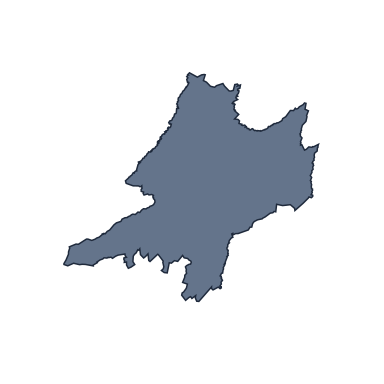 outline of Sabanas De San Angel, Magdalena, Colombia, rotated 229°
{"feature_id": "7082276B63741356680153", "entity_name": "Sabanas De San Angel", "entity_type": "district", "adm_level": 2, "iso_a3": "COL", "parent_name": "Colombia", "parent_adm1": "Magdalena", "projection": "equal_earth", "projection_center": [-74.238, 10.132], "detail": "fine", "context": "isolated", "style": "filled", "palette": "slate", "viewbox_px": 384, "rotation_deg": 229, "n_neighbors": 0, "source": "geoboundaries", "source_scale": "gbopen_adm2", "svg_char_len": 6120}
<svg xmlns="http://www.w3.org/2000/svg" viewBox="0 0 384 384"><g transform="rotate(229 192 192)"><path d="M231.1,63.4L229.9,62.9L227.8,59.5L226.1,58.0L223.3,52.3L222.0,48.4L221.3,47.8L217.8,49.8L215.9,55.9L210.9,59.5L209.5,61.7L207.2,64.1L201.0,69.0L201.7,69.4L200.8,74.2L201.5,74.3L201.0,78.2L200.0,80.7L200.0,82.5L197.9,84.5L197.7,85.9L197.1,86.1L196.0,88.1L194.1,88.5L193.7,92.0L192.9,94.7L189.2,100.7L187.6,99.7L185.8,99.7L186.9,97.3L185.6,96.2L184.4,96.1L183.3,94.7L182.1,96.6L179.8,94.7L176.2,93.9L175.3,96.7L174.8,101.2L178.2,101.7L182.1,105.6L182.7,107.6L182.7,110.0L184.0,113.2L183.0,113.6L183.4,115.3L178.5,112.0L173.9,112.2L173.8,114.7L174.2,118.2L168.6,114.4L167.1,114.7L167.5,125.3L166.9,125.5L158.7,124.9L158.0,123.8L154.1,121.7L152.9,120.0L152.8,117.4L149.4,118.2L147.2,120.2L153.5,128.4L151.8,129.8L151.7,133.7L149.0,135.7L150.3,143.3L147.4,142.9L144.7,145.1L142.5,145.1L140.8,145.8L139.5,145.4L138.5,143.6L139.3,142.5L140.0,139.5L139.8,137.9L137.2,136.9L136.2,135.6L134.2,134.6L133.9,132.0L132.4,130.5L129.9,125.6L125.5,128.1L123.1,124.6L122.0,120.0L122.3,118.4L120.9,116.5L114.4,116.1L114.4,120.5L113.9,122.3L111.7,122.1L111.4,126.8L109.9,125.0L106.5,123.9L104.9,125.4L107.5,144.4L106.4,143.4L104.3,143.6L103.0,149.4L100.6,149.8L100.4,151.2L101.3,151.9L102.0,151.2L102.7,151.3L103.3,153.8L104.6,154.5L105.3,155.7L105.1,156.3L105.4,157.1L107.4,157.3L107.6,157.9L108.1,157.8L109.2,158.7L110.2,158.2L111.3,161.0L110.7,161.9L112.7,164.2L113.2,165.3L114.4,166.0L115.6,169.1L116.3,168.8L116.7,170.0L116.4,170.4L117.4,171.3L120.0,176.2L120.5,176.1L120.5,177.9L121.5,178.2L121.9,179.0L122.3,178.8L124.3,181.1L125.2,180.7L126.6,181.4L127.2,182.2L127.2,183.0L128.9,184.5L129.1,186.6L129.5,186.3L130.9,188.3L131.5,191.7L131.0,193.1L134.3,194.5L134.0,195.7L132.7,194.9L132.0,197.6L130.4,199.5L126.4,209.6L127.4,212.6L126.3,214.1L128.4,217.0L128.9,219.5L128.0,223.2L125.7,227.4L125.8,228.4L125.2,230.8L124.7,237.2L123.3,239.4L123.5,241.2L122.1,242.2L127.2,247.8L122.3,251.5L117.9,257.9L112.3,258.7L110.5,257.5L110.6,268.4L111.1,275.7L111.5,277.1L109.4,278.3L109.4,279.7L109.7,280.6L110.5,281.0L111.8,280.1L112.8,282.5L113.7,282.7L114.1,284.0L115.2,284.9L116.0,284.4L118.2,285.9L118.9,287.0L121.0,287.9L121.7,289.0L122.9,288.8L124.5,291.9L126.8,292.0L128.1,295.4L129.5,296.4L129.7,298.3L131.7,299.5L132.3,301.3L133.2,301.4L133.6,302.0L135.1,301.7L135.2,302.7L135.8,303.1L135.9,305.1L137.1,305.6L137.8,307.2L139.5,308.2L140.9,310.0L140.8,313.3L143.0,315.6L143.2,316.6L144.1,317.2L145.0,318.7L146.3,313.6L147.1,312.8L147.0,311.9L149.4,309.7L149.2,306.4L149.8,304.4L155.6,305.9L156.1,304.8L156.6,305.6L157.2,305.4L157.9,306.7L158.8,306.9L160.6,310.5L163.2,310.5L164.2,311.5L165.0,311.5L165.5,313.3L166.5,313.9L166.7,315.1L167.9,315.9L170.0,319.1L170.5,324.3L173.4,328.2L174.5,328.6L176.9,333.1L180.3,331.6L184.1,336.2L185.4,335.3L185.0,333.2L185.9,328.8L185.5,327.0L185.9,325.7L186.5,324.9L187.5,324.9L186.8,322.1L189.0,319.7L187.3,312.1L187.9,308.6L186.9,306.7L187.6,302.7L188.6,301.2L188.6,300.2L189.8,298.8L189.6,297.3L190.1,297.0L189.8,295.9L190.3,295.4L190.1,293.8L191.1,293.1L191.1,292.0L190.6,291.7L190.6,289.7L191.4,288.3L191.1,287.7L191.7,287.1L192.8,283.8L193.5,283.8L193.9,282.9L195.3,281.9L195.3,281.2L196.8,280.4L197.4,279.4L200.0,279.3L200.5,278.2L200.5,276.9L201.3,276.1L202.6,276.5L203.6,275.3L205.6,275.9L206.1,274.7L206.8,275.7L207.9,275.7L209.0,273.8L210.0,273.3L210.4,274.1L212.9,272.4L214.5,274.5L216.6,274.3L219.2,272.0L219.9,278.2L225.4,277.5L225.4,278.3L227.0,277.9L228.1,279.6L229.2,280.0L229.9,281.9L230.5,281.4L231.3,281.9L231.8,280.7L232.6,280.5L233.0,282.8L231.8,287.1L233.6,286.8L234.8,287.3L234.3,289.4L235.6,289.1L236.0,291.6L237.0,293.3L237.9,294.0L238.7,293.1L239.6,293.8L239.6,294.9L238.9,296.2L241.0,298.8L242.1,296.0L242.3,297.1L243.7,297.1L245.0,294.8L241.6,289.8L242.7,287.5L244.0,286.3L250.7,286.0L253.6,286.5L256.2,280.2L256.2,277.8L259.7,275.3L265.4,275.0L268.6,273.7L271.8,278.9L272.7,278.3L274.1,276.1L275.2,271.4L283.6,268.3L283.4,265.8L282.7,265.9L283.1,265.2L282.5,264.5L282.5,263.7L280.9,263.8L280.4,261.9L277.6,260.5L277.1,261.4L276.5,261.3L275.1,258.1L275.2,256.6L274.6,256.3L274.9,255.8L273.9,252.6L274.1,251.3L273.0,248.8L273.2,247.4L271.9,245.1L272.0,243.5L271.1,242.3L269.8,241.7L269.8,240.4L269.2,240.2L268.5,238.2L267.1,238.3L266.5,237.1L265.5,236.6L264.9,236.6L264.9,237.2L264.0,236.7L265.0,235.1L262.0,232.0L261.8,231.1L262.3,230.0L260.6,227.6L260.5,225.8L259.5,224.3L259.6,223.1L260.2,222.0L259.7,220.0L258.3,219.6L258.0,220.4L257.5,220.1L256.8,220.9L255.2,218.6L255.1,217.6L256.3,217.0L256.4,216.1L255.9,215.3L255.4,215.8L254.5,214.1L255.3,212.6L254.4,212.1L255.1,211.2L254.3,211.2L254.5,210.3L253.7,209.3L254.6,208.5L254.6,206.5L254.0,205.8L254.3,204.1L253.8,203.6L253.2,204.2L252.4,204.1L252.1,203.1L252.8,202.3L251.8,201.1L252.7,200.3L252.6,199.0L252.2,198.6L251.9,199.5L251.4,199.7L250.6,198.9L251.1,197.9L250.6,196.8L250.0,196.9L249.8,196.3L250.0,194.3L249.4,192.8L249.9,191.8L249.7,191.2L250.3,190.5L250.0,189.0L249.6,189.3L249.1,188.1L249.9,187.7L249.4,186.9L250.8,185.6L250.3,184.9L250.3,183.2L249.4,181.4L249.8,179.5L249.0,178.4L249.7,177.0L249.1,175.8L248.9,173.4L249.8,171.2L249.0,170.8L248.2,171.7L248.1,169.3L245.0,164.6L244.2,164.2L244.8,163.1L244.7,161.5L244.2,160.8L245.1,160.3L244.2,157.5L244.5,155.8L244.2,154.9L244.6,154.1L244.2,153.3L244.1,149.1L241.7,148.0L235.3,151.6L231.6,155.7L230.3,156.1L229.5,157.1L229.6,158.1L227.5,156.6L227.3,155.3L225.8,154.1L223.7,155.4L223.0,154.2L221.2,153.8L219.6,157.3L218.0,157.6L216.5,160.0L214.8,160.7L214.6,159.9L213.7,159.1L213.2,159.4L212.3,158.5L210.7,158.7L209.4,158.0L208.6,157.3L207.7,154.8L207.9,153.0L208.8,150.8L208.5,149.7L209.3,147.8L209.4,146.2L211.2,144.4L211.4,142.0L210.8,139.1L212.3,138.1L212.2,134.5L214.1,132.8L214.6,131.3L214.5,129.9L215.3,127.6L215.1,126.6L216.6,124.4L217.4,121.3L216.6,119.6L216.6,118.7L218.3,114.7L218.4,111.5L217.3,104.9L217.9,102.2L217.4,99.1L218.1,98.6L218.3,97.7L218.7,98.0L219.2,96.6L218.8,96.4L218.8,92.4L219.8,89.8L219.9,88.2L221.2,84.6L224.7,82.6L225.7,81.5L227.1,71.9L228.8,70.3L231.1,63.4Z" fill="#64748b" stroke="#1e293b" stroke-width="1.5"/></g></svg>